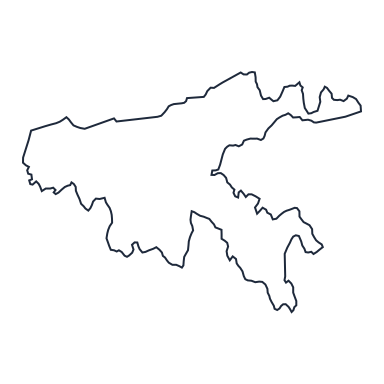 Laje, Bahia, Brazil
{"feature_id": "56859067B62767322131452", "entity_name": "Laje", "entity_type": "district", "adm_level": 2, "iso_a3": "BRA", "parent_name": "Brazil", "parent_adm1": "Bahia", "projection": "equal_earth", "projection_center": [-39.307, -13.182], "detail": "fine", "context": "isolated", "style": "outline", "palette": "slate", "viewbox_px": 384, "rotation_deg": 0, "n_neighbors": 0, "source": "geoboundaries", "source_scale": "gbopen_adm2", "svg_char_len": 4376}
<svg xmlns="http://www.w3.org/2000/svg" viewBox="0 0 384 384"><path d="M23.1,157.6L23.0,162.7L25.9,165.3L28.9,166.9L27.2,170.3L28.2,173.7L31.4,174.6L32.0,179.3L29.2,180.4L30.3,184.1L32.6,184.6L36.2,181.4L38.7,183.9L40.1,186.6L41.8,191.1L45.8,188.5L50.3,188.5L53.2,187.7L55.5,190.0L53.7,192.4L55.7,194.1L58.5,192.6L61.7,189.6L64.8,187.0L67.7,185.7L70.2,185.1L71.5,182.4L73.8,184.0L75.7,186.9L75.9,190.8L77.4,194.5L79.5,199.0L81.1,203.8L83.7,206.3L85.4,208.5L88.3,210.6L90.4,208.1L91.9,205.0L93.1,201.5L95.9,198.6L99.6,199.0L104.6,197.8L105.9,202.3L107.3,204.6L109.6,207.9L110.9,211.3L111.7,214.9L112.0,218.7L112.1,222.7L109.7,226.2L108.2,229.9L107.3,233.4L106.5,238.3L107.9,242.2L109.2,245.9L110.8,249.8L114.1,250.3L116.7,251.5L118.9,250.3L121.7,252.0L124.6,255.7L127.0,256.8L129.1,255.5L132.2,252.7L133.5,249.5L132.0,244.8L134.6,242.4L137.3,242.5L138.4,246.3L139.6,249.1L142.4,252.5L145.5,251.9L149.0,250.3L153.2,248.8L156.3,247.2L159.4,249.7L161.9,252.5L162.9,255.9L165.0,257.5L167.0,260.5L168.8,262.7L172.4,264.8L176.2,264.8L179.4,266.2L181.9,267.6L183.4,265.4L183.7,261.2L184.2,256.9L185.7,254.2L188.0,250.2L188.5,245.3L188.8,241.4L190.0,237.1L191.6,233.2L193.1,230.4L192.3,226.1L190.9,222.9L190.5,219.7L190.9,216.4L191.7,211.2L194.4,212.2L196.6,213.7L200.2,215.8L203.7,216.7L206.6,217.9L209.3,218.9L211.6,221.8L214.0,224.4L215.4,227.4L218.5,228.6L221.5,229.8L221.6,234.4L221.6,238.8L224.7,240.7L227.2,242.8L228.1,246.5L226.6,251.2L227.3,255.7L229.8,260.3L232.7,256.4L236.0,259.0L236.7,263.4L238.4,265.9L240.2,267.8L242.5,271.4L243.8,276.1L245.3,279.2L247.8,280.4L251.3,280.7L255.3,282.2L259.2,281.6L262.3,281.9L265.4,284.5L267.4,288.8L267.7,292.7L269.3,295.9L270.0,298.8L271.6,302.0L273.8,305.7L274.6,308.8L277.2,310.0L279.5,308.5L281.1,306.0L283.1,304.3L285.7,304.2L288.6,306.9L290.2,309.4L291.6,312.0L293.4,310.2L294.3,307.2L296.3,305.3L296.3,301.0L294.6,296.5L293.2,292.6L293.2,287.3L291.3,283.5L288.5,280.7L286.0,282.6L284.5,280.2L285.2,276.4L284.7,253.8L287.3,247.6L289.9,242.8L291.4,239.4L293.2,236.6L295.8,235.3L298.9,236.0L301.2,241.4L302.3,245.5L304.4,248.7L305.6,252.1L308.2,252.5L311.3,251.8L313.5,254.0L316.7,252.0L319.7,249.5L322.8,247.1L321.7,244.4L318.6,242.4L316.1,240.3L314.1,237.1L312.3,233.8L312.1,229.1L309.5,225.2L306.7,223.7L303.6,222.1L301.2,219.0L299.5,216.6L299.4,211.3L297.0,208.1L294.7,207.8L291.9,208.9L289.5,209.8L286.6,210.7L284.1,211.9L281.7,213.7L279.2,215.8L276.4,218.7L272.8,219.4L270.8,214.5L267.3,212.7L266.1,209.7L262.6,207.7L259.9,210.8L257.1,213.7L256.0,210.4L255.0,207.5L258.0,203.5L259.6,198.8L255.6,196.3L251.6,194.3L248.5,194.3L245.8,197.0L243.7,193.9L240.9,190.6L238.7,192.4L238.1,197.5L235.2,196.3L233.5,192.8L234.4,189.6L231.8,187.4L230.0,184.6L227.3,182.4L226.1,177.9L223.6,175.0L220.8,173.1L217.8,173.2L214.5,175.0L211.5,174.9L212.3,170.5L215.6,170.4L218.3,169.5L220.1,164.7L222.8,154.4L225.1,148.8L227.2,146.7L229.4,145.3L233.1,145.6L235.5,145.0L238.8,146.3L242.2,144.5L243.9,140.7L246.7,139.6L250.4,138.6L254.2,138.7L257.1,138.6L260.9,140.0L263.4,138.5L264.6,135.9L265.5,132.4L268.4,128.4L271.6,125.4L274.3,122.2L276.8,119.2L279.4,117.5L282.6,115.7L285.5,114.8L288.2,113.3L290.7,115.0L293.1,117.5L296.4,117.3L299.7,117.0L302.4,120.3L305.4,120.0L308.0,119.7L311.4,120.7L313.9,122.4L316.2,122.6L345.4,116.7L361.0,111.4L360.6,105.6L358.4,102.7L356.1,99.1L352.8,97.1L348.3,95.6L346.9,98.6L343.6,101.1L340.1,99.7L337.4,100.1L333.9,99.8L332.0,97.9L331.6,93.7L329.0,90.6L327.0,87.9L324.8,86.7L323.6,89.4L321.0,92.4L319.7,97.1L320.3,101.8L319.0,106.0L317.5,110.8L313.6,112.0L311.3,113.2L308.4,113.6L306.9,111.2L304.8,108.0L303.8,102.8L303.3,98.6L303.0,93.9L301.7,90.2L302.7,87.4L300.4,85.5L299.4,82.3L295.2,85.9L292.1,85.6L289.7,85.7L287.5,86.7L284.4,87.0L282.7,91.1L280.2,96.7L277.4,100.3L273.4,101.2L271.4,99.6L269.2,97.7L265.6,99.0L263.1,99.1L261.0,95.6L259.7,90.2L257.5,87.2L257.0,84.2L255.7,81.6L255.6,77.3L254.8,72.4L252.0,72.0L249.1,72.7L246.9,74.5L243.6,74.4L240.7,72.5L222.6,82.5L219.8,84.2L214.0,87.9L210.6,87.7L207.3,91.1L205.7,94.5L203.8,96.9L187.0,98.1L186.1,101.1L184.2,102.8L181.7,103.3L173.8,104.1L171.2,105.0L168.7,106.3L167.0,109.1L164.6,112.2L161.3,115.7L157.5,116.8L116.5,121.5L114.0,118.4L84.7,128.8L80.3,128.0L77.0,126.9L73.5,125.4L71.0,122.4L68.8,119.4L66.4,117.2L63.0,119.7L59.8,121.7L56.1,123.2L51.1,124.5L45.2,126.2L31.1,130.6L28.6,140.2L23.1,157.6Z" fill="none" stroke="#1e293b" stroke-width="2"/></svg>